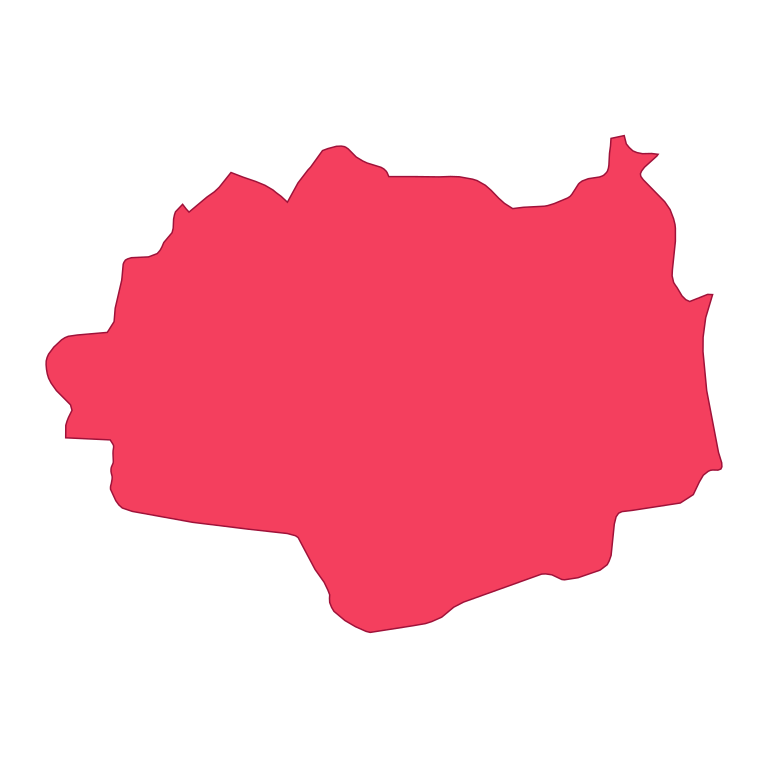 the border of Dundgovi
{"feature_id": "MNG-3325", "entity_name": "Dundgovi", "entity_type": "Province", "adm_level": 1, "iso_a3": "MNG", "parent_name": "Mongolia", "parent_adm1": "", "projection": "albers", "projection_center": [106.117, 45.486], "detail": "fine", "context": "isolated", "style": "filled", "palette": "rose", "viewbox_px": 768, "rotation_deg": 0, "n_neighbors": 0, "source": "natural_earth", "source_scale": "10m", "svg_char_len": 2716}
<svg xmlns="http://www.w3.org/2000/svg" viewBox="0 0 768 768"><path d="M512.7,208.6L523.3,207.3L544.4,206.2L547.7,205.6L554.2,203.6L567.6,198.0L570.1,196.4L571.9,194.3L578.5,184.0L579.6,182.9L582.2,181.0L588.3,178.7L599.5,177.0L602.5,175.9L604.0,175.0L606.4,172.6L607.4,171.2L608.4,168.2L608.9,165.0L609.5,153.3L610.5,146.0L611.0,138.4L624.2,135.6L626.3,143.9L629.2,147.5L632.9,150.9L637.0,152.6L642.5,153.7L651.6,153.5L658.1,154.3L656.9,156.0L644.5,167.2L641.6,171.0L640.4,173.8L640.8,176.4L643.2,179.7L664.7,201.7L670.1,209.6L673.6,218.8L675.0,224.5L675.4,228.3L675.4,241.2L672.4,269.9L672.1,275.7L673.6,282.4L675.2,285.0L677.0,287.5L682.0,295.9L685.8,299.7L689.7,301.5L707.6,294.4L712.6,294.6L705.7,317.7L703.1,337.3L703.0,351.6L706.7,390.6L718.5,452.4L721.7,462.8L721.9,466.8L720.9,469.0L718.0,470.1L712.7,470.0L710.5,470.3L708.2,471.3L703.3,475.2L699.3,482.0L693.3,494.6L680.3,503.0L632.2,510.4L622.0,511.6L618.6,513.2L616.1,516.8L614.3,524.1L611.1,555.4L609.1,561.1L607.2,564.7L600.1,570.1L578.1,577.7L564.5,579.8L561.8,579.5L551.9,574.8L545.6,573.9L541.6,574.1L463.5,602.1L453.7,607.2L441.8,617.1L431.7,621.6L425.4,623.6L413.2,625.7L370.2,632.4L366.1,631.4L355.5,626.7L344.9,620.5L334.0,611.4L331.6,607.4L329.7,602.5L329.5,598.4L329.7,594.8L327.9,590.1L324.1,582.2L315.1,569.5L298.1,537.5L295.4,535.7L287.3,533.5L248.5,529.2L192.5,522.3L132.3,511.4L122.3,508.0L118.9,505.0L115.8,500.7L110.5,489.2L110.5,487.1L110.7,485.7L111.3,483.6L112.1,479.1L112.2,476.9L111.9,475.4L111.4,473.6L111.0,471.5L111.0,470.3L111.0,469.1L111.2,467.9L111.5,466.8L112.7,464.1L113.1,463.1L113.3,462.0L113.3,460.8L113.0,453.4L113.1,450.8L113.6,447.3L113.6,446.2L113.5,445.4L112.8,444.0L110.2,439.9L65.7,437.8L65.8,425.3L67.0,421.2L68.5,417.4L72.0,410.3L70.5,404.8L56.4,390.6L51.1,383.1L48.6,378.2L47.3,373.9L46.5,369.3L46.1,364.8L46.2,361.0L47.1,357.5L48.6,354.1L53.9,347.0L61.6,339.8L64.9,337.7L68.3,336.3L77.3,335.0L107.3,332.4L114.1,321.6L115.2,308.2L121.7,280.3L122.0,277.6L123.2,264.2L123.9,262.4L125.4,260.1L127.6,258.9L131.4,257.7L148.5,256.9L157.2,253.6L160.1,250.3L162.0,246.8L163.8,242.5L172.1,232.6L173.2,228.2L173.6,219.0L174.5,214.7L175.5,211.8L182.6,204.3L186.2,209.0L189.0,212.1L206.9,197.1L214.4,191.8L219.2,187.3L231.0,172.5L243.2,177.2L255.8,181.5L265.0,185.3L273.0,190.0L276.1,192.6L281.2,196.4L287.4,202.2L298.0,182.9L307.9,170.0L310.7,167.0L322.5,150.6L327.8,148.6L336.4,146.3L341.2,146.1L344.3,146.6L345.7,147.2L348.2,148.9L356.2,157.0L362.6,160.9L367.1,163.0L381.0,167.3L383.8,168.9L386.2,171.2L387.1,172.6L388.8,176.6L413.8,176.6L439.2,176.9L450.6,176.5L459.4,176.8L472.7,179.2L477.1,180.6L485.4,185.3L491.1,190.3L498.7,198.2L504.5,203.4L512.7,208.6Z" fill="#f43f5e" stroke="#9f1239" stroke-width="1.5"/></svg>